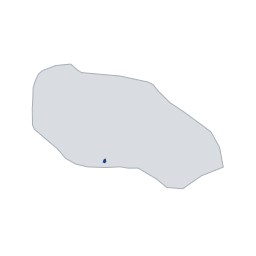 location of 40, Ad Dawhah, Qatar, rotated 107°
{"feature_id": "91078587B42486259491848", "entity_name": "40", "entity_type": "district", "adm_level": 2, "iso_a3": "QAT", "parent_name": "Qatar", "parent_adm1": "Ad Dawhah", "projection": "albers", "projection_center": [51.511, 25.262], "detail": "fine", "context": "in_parent", "style": "filled", "palette": "blue", "viewbox_px": 256, "rotation_deg": 107, "n_neighbors": 0, "source": "geoboundaries", "source_scale": "gbopen_adm2", "svg_char_len": 801}
<svg xmlns="http://www.w3.org/2000/svg" viewBox="0 0 256 256"><g transform="rotate(107 128 128)"><path d="M137.9,225.1L127.3,227.7L117.3,230.5L109.0,230.4L102.4,229.3L98.0,226.5L89.5,215.6L83.6,201.4L87.3,193.5L88.6,188.6L80.7,151.3L78.2,122.6L79.2,116.7L83.8,110.0L91.6,95.1L95.8,80.7L107.4,47.6L119.7,34.8L137.6,25.5L152.2,43.8L170.1,57.9L173.5,73.5L168.3,86.3L163.4,106.6L166.3,116.0L167.4,124.1L172.3,137.7L177.0,155.3L177.8,167.6L175.3,178.9L169.0,188.5L156.6,217.2L153.0,220.2L137.9,225.1Z" fill="#d9dde1" stroke="#a8b0b8" stroke-width="1"/><path d="M164.8,140.7L164.9,140.8L165.0,140.9L165.3,141.1L165.5,141.3L165.9,141.4L166.1,141.4L166.6,141.4L167.6,141.4L167.6,141.2L167.7,140.2L167.3,140.1L166.9,139.9L166.6,139.7L164.8,140.7Z" fill="#3b82f6" stroke="#1e3a8a" stroke-width="1.5"/></g></svg>